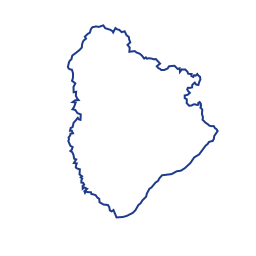 Barros Cassal, Rio Grande do Sul, Brazil, rotated 206°
{"feature_id": "56859067B19598625391964", "entity_name": "Barros Cassal", "entity_type": "district", "adm_level": 2, "iso_a3": "BRA", "parent_name": "Brazil", "parent_adm1": "Rio Grande do Sul", "projection": "albers", "projection_center": [-52.583, -29.1], "detail": "fine", "context": "isolated", "style": "outline", "palette": "blue", "viewbox_px": 256, "rotation_deg": 206, "n_neighbors": 0, "source": "geoboundaries", "source_scale": "gbopen_adm2", "svg_char_len": 2868}
<svg xmlns="http://www.w3.org/2000/svg" viewBox="0 0 256 256"><g transform="rotate(206 128 128)"><path d="M175.9,90.1L171.9,86.7L169.4,86.6L169.0,83.9L169.7,82.1L167.5,81.8L165.3,80.0L162.9,76.8L160.8,77.0L161.3,72.8L158.5,73.7L158.3,71.5L157.6,69.6L155.7,69.3L153.2,69.8L151.2,65.0L148.2,64.5L148.9,62.9L147.0,62.5L147.0,60.6L146.0,58.5L144.4,59.1L142.6,57.9L143.4,56.1L142.1,53.6L141.2,55.5L138.1,55.4L139.5,52.1L138.2,50.9L138.0,52.7L136.4,52.6L133.1,54.0L131.9,52.6L129.9,53.2L127.6,53.4L125.0,52.0L122.9,51.8L121.0,48.8L116.4,48.5L112.3,50.0L110.1,48.6L108.2,46.0L106.1,45.9L105.1,47.9L99.1,42.6L93.7,45.7L90.7,48.3L86.5,53.8L85.3,57.3L84.9,63.2L83.7,65.9L83.3,69.3L81.6,74.2L82.3,77.4L82.1,82.7L80.8,85.0L79.4,90.8L77.7,94.0L77.9,95.9L76.7,100.4L68.6,105.7L65.2,110.5L61.8,112.8L59.3,116.8L56.6,123.8L55.6,130.6L52.5,135.4L50.5,146.1L49.3,148.8L49.2,150.8L47.5,152.5L46.2,153.4L46.1,156.0L47.0,158.6L46.7,160.4L46.1,164.6L48.1,165.8L49.8,166.0L51.7,167.3L54.1,166.1L56.1,165.8L57.9,166.4L60.9,166.8L63.0,167.6L64.6,168.1L65.4,170.6L67.6,172.9L68.5,175.0L69.1,176.8L70.4,177.7L71.8,178.0L72.1,180.1L73.3,181.8L75.0,182.7L75.8,181.3L74.9,179.8L76.4,178.9L78.3,178.6L79.6,177.8L80.6,176.2L82.8,174.8L84.6,175.5L86.2,176.1L86.8,177.7L87.8,179.6L90.1,179.7L91.3,182.1L89.0,183.9L87.8,186.7L90.2,187.6L91.7,188.6L91.8,190.4L90.1,191.1L88.2,192.6L89.1,194.9L88.6,196.4L87.9,198.1L85.9,196.9L83.6,197.5L83.9,199.2L84.2,201.1L84.2,203.3L85.7,205.6L87.7,206.0L89.4,206.9L90.1,204.7L91.7,204.4L91.7,202.5L93.9,202.6L94.5,204.4L96.1,203.7L97.7,203.2L99.4,204.7L102.3,205.7L103.6,204.9L105.3,204.3L105.9,201.2L107.8,204.3L109.2,202.8L113.5,204.3L115.2,203.3L118.2,201.4L118.5,198.8L120.9,196.0L123.5,194.7L125.3,195.2L126.8,195.1L129.2,196.1L127.4,199.9L133.3,202.2L134.7,201.1L137.0,200.8L139.7,199.9L141.4,198.6L142.9,199.3L143.9,197.5L147.5,199.3L150.1,199.9L153.4,199.6L155.6,200.1L160.2,197.1L161.7,201.0L164.9,202.5L163.5,206.0L165.8,208.1L167.2,210.2L169.9,210.7L173.4,213.4L175.7,211.4L179.0,212.4L181.0,211.9L183.1,212.3L183.2,207.4L184.6,208.3L187.0,208.5L190.4,208.0L192.1,207.7L195.2,209.4L198.5,206.1L201.4,205.2L202.6,204.1L204.2,203.0L204.7,200.4L204.3,198.6L204.1,196.9L205.5,194.8L206.8,191.2L204.9,189.9L206.2,187.2L206.3,185.6L205.9,183.0L204.8,180.0L205.8,176.8L207.1,174.0L208.3,171.5L209.2,170.0L209.8,168.4L209.4,166.7L209.0,165.1L209.7,163.3L209.9,161.5L208.8,156.6L207.5,155.5L205.9,155.3L204.0,155.8L201.4,153.1L199.4,148.8L199.0,145.9L194.9,145.0L195.0,141.0L192.5,136.3L190.5,137.8L189.0,134.1L186.8,132.4L184.7,131.4L187.6,129.8L189.1,127.0L186.2,127.9L185.7,123.3L186.1,120.5L183.4,121.1L179.9,119.2L176.4,119.5L174.3,114.5L175.9,114.2L177.6,115.1L178.3,111.9L179.2,108.8L178.2,104.6L179.5,102.9L178.9,100.1L177.3,100.9L175.1,99.1L177.2,97.7L176.7,95.9L177.3,93.5L176.1,92.0L175.9,90.1Z" fill="none" stroke="#1e3a8a" stroke-width="2"/></g></svg>